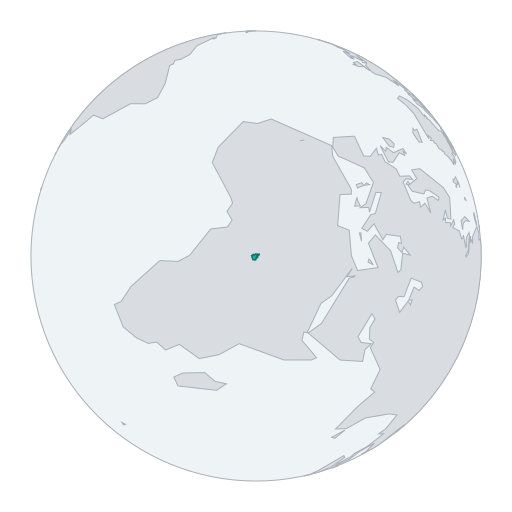 Nana-Grébizi highlighted on a globe, orthographic projection, rotated 70°
{"feature_id": "CAF-807", "entity_name": "Nana-Grébizi", "entity_type": "Economic Prefecture", "adm_level": 1, "iso_a3": "CAF", "parent_name": "Central African Republic", "parent_adm1": "", "projection": "orthographic", "projection_center": [19.251, 7.51], "detail": "fine", "context": "on_globe", "style": "filled", "palette": "teal", "viewbox_px": 512, "rotation_deg": 70, "n_neighbors": 0, "source": "natural_earth", "source_scale": "10m", "svg_char_len": 9025}
<svg xmlns="http://www.w3.org/2000/svg" viewBox="0 0 512 512"><g transform="rotate(70 256 256)"><circle cx="256" cy="256" r="225" fill="#eef3f6" stroke="#a8b0b8"/><path d="M191.1,40.3L184.6,42.3L184.0,42.5L191.1,40.3ZM182.6,43.0L181.8,43.3L179.1,44.2L182.6,43.0ZM178.5,44.5L180.3,43.8L172.3,46.8L181.1,43.7L175.4,46.0L169.9,48.1L169.4,48.1L166.8,49.1L178.5,44.5ZM118.1,77.9L116.7,79.0L120.3,76.2L127.3,71.1L132.4,68.0L140.4,62.9L143.6,61.2L152.2,56.5L151.9,57.3L147.0,60.8L139.9,65.0L137.5,67.0L145.1,63.5L132.7,72.6L125.9,81.5L122.5,84.3L114.4,87.8L112.3,85.8L101.9,93.0L109.6,88.8L101.1,96.9L100.1,98.8L101.2,98.9L104.8,96.2L102.1,99.4L93.4,104.1L95.7,101.2L98.5,99.5L97.4,99.0L91.5,103.5L87.6,107.9L82.8,112.0L80.0,115.5L77.3,118.8L82.1,112.8L73.4,124.1L72.9,124.7L82.9,111.8L93.8,99.7L105.5,88.3L118.1,77.9ZM35.9,208.1L36.0,207.4L33.6,220.3L35.8,209.3L34.8,216.4L37.3,218.9L36.5,221.6L38.2,239.6L44.1,249.4L45.5,259.7L44.4,265.2L47.3,268.0L47.4,271.9L62.7,282.2L73.5,294.3L75.1,307.9L70.0,321.7L74.7,353.0L68.0,360.5L72.6,372.8L78.2,389.3L73.3,385.8L81.2,395.8L83.8,400.3L82.4,399.4L87.7,405.7L87.2,405.2L76.9,392.7L67.5,379.4L59.1,365.5L51.7,351.0L45.4,336.0L40.2,320.6L36.1,304.9L33.1,288.9L31.3,272.8L30.7,256.5L31.3,240.3L33.0,224.1L35.9,208.1ZM90.3,408.6L91.4,409.8L91.9,410.4L90.3,408.6ZM151.8,56.5L150.3,57.3L151.8,56.5ZM155.3,54.6L153.2,55.6L154.6,54.9L155.9,54.2L155.3,54.6ZM162.4,51.1L166.6,49.2L157.6,53.6L157.3,53.5L157.7,53.3L162.4,51.1ZM199.7,37.9L199.4,37.9L199.7,37.9ZM196.2,38.8L199.6,37.9L197.1,38.7L192.3,39.9L196.2,38.8ZM189.8,41.8L190.2,41.3L193.7,40.2L189.8,41.8ZM201.1,37.6L201.9,37.3L203.4,37.0L205.0,36.6L201.1,37.6ZM211.0,35.4L202.9,37.3L201.3,38.3L198.1,39.1L201.2,37.6L211.0,35.4ZM210.8,35.3L210.2,35.5L206.5,36.2L204.7,36.6L210.8,35.3ZM211.3,35.4L213.2,35.0L211.6,35.4L211.3,35.4ZM217.6,34.2L214.9,34.7L213.6,34.9L217.6,34.2ZM219.1,33.8L221.6,33.4L214.7,34.6L218.6,33.9L219.1,33.8ZM221.8,33.3L221.4,33.4L221.8,33.3ZM224.2,33.6L215.7,35.1L212.8,35.3L221.4,33.7L224.2,33.6ZM118.7,434.6L117.7,433.7L119.5,435.0L120.6,436.0L118.9,434.8L118.7,434.6ZM464.8,171.5L465.7,173.8L467.2,177.8L465.3,173.7L467.7,182.1L475.1,204.1L476.6,210.9L478.2,224.7L477.3,219.6L472.4,208.8L475.0,225.2L478.9,237.7L480.4,253.5L478.9,249.3L477.0,235.5L475.2,231.2L473.1,216.9L466.7,196.9L465.1,201.6L462.8,193.4L453.7,177.9L450.0,184.5L445.6,208.5L449.1,230.1L445.8,240.4L431.8,211.0L424.4,191.0L420.1,193.6L405.1,178.2L381.3,179.9L377.3,175.0L373.0,177.9L362.3,173.6L355.9,165.7L349.8,166.8L366.7,187.8L373.2,186.8L377.8,177.7L381.3,185.6L391.5,191.9L382.5,212.6L346.2,233.3L341.7,217.4L308.7,176.0L309.1,171.2L309.0,170.7L308.5,169.8L306.5,177.6L300.5,169.7L319.2,198.4L322.8,211.2L345.7,234.3L343.8,237.0L350.9,241.7L372.3,233.9L372.7,239.4L363.2,265.4L332.6,301.8L336.1,324.7L333.0,344.4L312.8,358.3L313.4,373.1L302.8,378.8L301.3,387.1L292.1,396.3L277.3,405.0L253.2,405.7L252.6,398.3L241.9,383.9L227.4,348.0L234.4,331.2L232.7,318.2L215.1,289.3L219.0,273.0L214.1,266.2L204.1,268.0L198.3,259.9L192.2,259.7L153.2,265.1L140.9,254.4L125.3,222.0L132.0,209.4L132.5,194.8L178.2,147.1L188.7,149.8L225.7,143.6L230.5,145.2L227.0,156.0L255.4,168.9L263.6,159.6L288.5,166.3L304.4,165.5L308.6,145.3L282.4,146.0L277.0,136.6L297.2,127.7L320.0,128.3L318.6,124.7L303.5,117.2L308.0,110.7L298.2,114.2L302.7,117.6L296.7,120.2L292.2,117.3L293.9,114.9L286.9,113.6L280.3,126.3L284.2,131.2L266.1,134.1L270.9,142.8L266.2,147.1L256.5,134.2L256.8,129.3L239.3,116.5L237.2,121.6L253.7,134.4L248.9,133.5L246.2,141.7L244.5,134.8L227.0,120.5L210.2,124.1L190.1,144.6L180.0,146.6L171.0,142.8L177.1,122.5L198.9,120.6L201.4,114.5L195.9,106.0L203.0,106.5L203.4,103.2L211.6,102.5L222.0,94.5L230.2,93.6L233.3,84.2L237.9,82.7L234.7,88.5L236.9,92.4L256.9,91.5L260.5,89.4L260.9,83.7L266.4,84.6L264.2,79.2L275.3,77.0L260.0,75.6L260.1,69.9L266.2,65.7L263.4,63.9L253.5,70.9L252.0,74.1L255.1,77.1L248.6,87.0L241.9,88.9L238.3,78.4L228.4,80.3L229.9,72.3L255.9,56.5L267.3,54.0L288.1,60.2L286.0,63.3L277.5,62.3L286.3,67.9L285.1,65.1L289.7,66.3L290.9,62.0L294.2,62.7L289.7,57.9L293.9,58.3L296.6,61.3L302.0,56.4L310.4,56.8L310.0,55.5L307.2,53.9L319.7,56.0L318.9,54.9L314.5,53.8L309.9,51.3L306.8,47.8L311.3,48.7L313.1,50.0L323.4,54.6L327.3,58.7L328.8,58.8L326.5,55.5L313.9,49.8L310.7,47.5L317.1,49.8L314.5,48.8L314.4,48.0L318.4,48.2L311.6,45.7L303.8,38.3L310.9,38.8L317.4,41.1L316.7,39.2L324.7,41.5L320.6,40.2L320.4,40.1L336.3,45.5L351.8,52.1L366.8,59.8L381.1,68.6L394.7,78.5L407.6,89.4L419.6,101.1L430.7,113.8L440.8,127.2L449.9,141.4L458.0,156.2L464.8,171.5ZM163.6,171.0L162.6,175.3L163.6,171.0ZM345.1,140.0L358.1,140.3L350.4,128.4L354.8,127.7L350.6,124.2L349.8,127.6L339.3,118.1L344.2,114.6L341.7,109.8L337.2,109.5L329.9,117.8L344.9,130.9L342.7,135.9L345.1,140.0ZM37.4,218.9L37.5,221.7L36.8,221.3L37.4,218.9ZM42.8,186.8L42.9,188.7L42.1,188.9L42.8,186.8ZM42.6,183.8L42.7,183.7L44.4,178.7L42.7,185.9L41.3,188.2L42.0,185.6L42.6,183.8ZM101.7,96.6L102.3,96.4L102.6,97.2L100.9,98.2L101.7,96.6ZM113.3,94.4L108.7,99.7L110.8,96.3L107.5,98.3L107.9,94.2L120.9,85.6L114.9,90.0L113.3,94.4ZM112.0,87.2L110.3,90.2L111.7,87.3L112.0,87.2ZM197.9,87.8L201.0,89.5L198.3,93.2L188.0,96.3L191.7,90.8L197.9,87.8ZM206.0,91.4L205.2,81.2L211.6,79.5L208.1,82.0L212.4,81.9L208.0,86.1L214.8,95.2L212.9,99.3L194.9,101.6L201.9,98.3L198.4,96.5L206.0,91.4ZM192.1,64.2L191.9,61.4L206.0,61.0L204.6,63.8L194.2,66.5L189.8,64.9L192.1,64.2ZM169.8,48.9L168.9,49.0L170.7,48.3L173.0,47.5L169.8,48.9ZM189.7,41.6L176.1,47.9L174.3,48.2L168.5,52.4L161.5,55.1L165.4,52.1L155.7,57.7L156.4,56.1L150.3,60.0L159.9,53.2L160.2,52.6L162.6,52.2L169.1,49.6L171.9,48.3L180.3,44.5L184.1,42.5L191.2,40.3L195.2,39.3L195.3,39.4L190.7,40.7L194.2,39.9L187.7,41.9L189.7,41.6ZM237.6,37.3L232.2,37.2L238.2,39.0L231.7,39.8L232.8,40.0L228.4,41.4L225.0,43.6L221.9,43.9L221.9,44.7L219.0,45.9L217.9,47.2L212.0,48.3L210.3,50.1L208.5,49.6L207.1,52.6L205.5,50.9L201.5,52.8L205.2,53.4L175.7,59.1L164.7,63.9L156.3,69.1L154.6,66.4L161.4,60.2L172.4,53.4L183.3,49.7L180.6,49.5L185.0,47.8L185.3,48.6L187.5,46.4L191.2,45.3L200.9,41.3L201.8,39.5L205.4,38.3L206.9,38.5L209.4,37.2L214.7,36.9L217.4,36.2L225.3,35.5L226.7,36.9L229.6,36.0L235.7,35.9L237.6,37.3ZM226.3,33.4L229.5,34.1L227.4,35.1L214.5,35.9L211.3,36.6L203.0,37.9L206.1,36.6L208.2,36.3L211.0,35.8L208.9,36.4L212.6,35.5L215.6,35.2L219.4,34.5L219.4,34.8L226.3,33.4ZM235.4,141.1L239.0,141.5L244.5,140.9L242.9,146.3L235.4,141.1ZM223.3,131.4L226.5,130.7L226.9,137.4L223.2,137.3L223.3,131.4ZM227.8,124.9L226.6,130.1L225.0,127.2L227.8,124.9ZM237.6,87.7L241.0,86.9L241.5,88.2L239.8,90.3L237.6,87.7ZM254.1,45.3L251.3,44.5L252.2,44.0L249.8,41.5L254.5,41.1L257.7,42.4L254.1,45.3ZM304.4,148.8L300.0,152.8L297.5,151.0L299.5,150.0L304.4,148.8ZM270.2,149.5L278.2,151.8L269.7,151.0L270.2,149.5ZM258.8,44.4L257.2,43.3L260.5,43.8L258.8,44.4ZM257.7,40.7L261.5,41.0L254.8,40.8L257.7,40.7ZM369.5,436.2L369.3,438.3L366.6,438.9L369.5,436.2ZM368.7,339.0L351.4,373.8L341.6,374.6L340.9,364.8L348.1,344.0L359.9,337.3L366.0,327.5L368.7,339.0ZM479.2,286.6L479.2,284.6L479.7,280.6L479.9,280.5L479.2,286.6ZM479.7,280.5L478.9,270.9L473.6,241.7L475.6,241.6L480.3,258.4L480.1,261.8L480.6,269.5L479.7,280.5ZM481.3,257.1L481.3,254.5L481.2,249.9L481.3,257.1ZM450.0,232.0L454.3,244.3L452.2,246.9L450.0,232.0ZM469.4,183.9L469.6,185.4L468.5,182.2L467.5,178.6L469.4,183.9ZM296.4,43.7L294.5,47.1L296.3,50.3L302.1,52.8L293.1,51.3L290.4,46.3L296.4,43.7ZM302.5,38.6L297.3,37.2L300.0,37.4L301.5,37.7L302.5,38.6ZM299.0,38.1L291.9,37.4L289.3,36.3L295.5,37.0L299.0,38.1ZM275.4,39.6L274.5,40.5L271.9,40.0L275.4,39.6ZM305.0,36.1L306.7,36.5L304.2,36.0L303.1,35.7L305.0,36.1Z" fill="#d9dde1" stroke="#a8b0b8" stroke-width="1"/><path d="M255.3,251.8L255.4,252.0L255.6,252.5L255.8,252.7L255.9,252.8L256.0,252.9L255.9,253.0L256.0,253.0L256.3,253.4L256.4,253.5L256.4,253.8L256.5,253.9L256.4,254.0L256.4,254.3L256.4,254.5L256.3,254.8L256.4,255.0L256.5,255.1L256.8,255.1L257.0,255.1L257.2,255.3L257.3,255.3L257.2,255.4L257.3,255.4L257.3,255.5L257.3,255.8L257.4,255.7L257.4,255.8L257.5,255.7L257.5,255.8L257.8,255.8L257.9,256.0L258.0,256.0L258.1,256.3L258.3,256.5L258.5,256.6L258.6,256.9L258.6,257.0L258.8,257.1L259.0,257.2L259.0,257.3L259.2,257.5L259.3,257.5L259.5,257.6L259.5,257.8L259.5,258.0L259.4,258.4L259.3,258.5L259.2,258.6L259.1,258.8L258.8,259.1L258.7,259.2L258.4,259.5L258.5,260.1L258.4,260.2L258.2,260.1L257.9,260.1L257.1,260.0L256.9,260.0L256.2,260.1L255.9,260.2L255.7,260.2L255.4,260.1L255.2,260.0L255.2,259.9L254.9,259.8L254.1,259.9L254.1,259.7L254.3,259.5L254.5,259.4L254.5,259.2L254.3,259.2L254.2,259.1L254.0,258.9L254.1,258.7L253.9,258.7L253.8,258.4L253.7,258.3L253.7,258.2L253.8,258.1L253.9,257.8L254.0,257.7L253.9,257.6L254.0,257.5L254.1,257.4L254.1,257.2L254.4,257.1L254.0,255.8L254.0,255.6L255.0,255.0L254.9,255.0L254.9,254.9L255.0,254.8L255.0,254.7L254.9,254.7L255.0,254.6L255.0,254.4L255.1,254.2L255.2,253.9L255.2,253.7L255.3,253.6L255.2,253.6L255.3,253.5L255.3,253.4L255.2,253.2L255.1,252.9L255.2,252.7L255.3,252.5L255.3,252.3L255.3,252.2L255.3,251.8L255.3,251.8Z" fill="#14b8a6" stroke="#0f766e" stroke-width="1.5"/></g></svg>